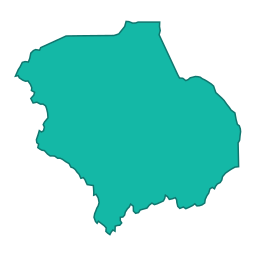 Alto Horizonte, Goiás, Brazil (Equal Earth projection)
{"feature_id": "56859067B49316936904557", "entity_name": "Alto Horizonte", "entity_type": "district", "adm_level": 2, "iso_a3": "BRA", "parent_name": "Brazil", "parent_adm1": "Goiás", "projection": "equal_earth", "projection_center": [-49.437, -14.179], "detail": "fine", "context": "isolated", "style": "filled", "palette": "teal", "viewbox_px": 256, "rotation_deg": 0, "n_neighbors": 0, "source": "geoboundaries", "source_scale": "gbopen_adm2", "svg_char_len": 2367}
<svg xmlns="http://www.w3.org/2000/svg" viewBox="0 0 256 256"><path d="M238.6,166.7L238.1,142.9L239.6,140.2L240.1,135.1L240.6,131.7L240.3,128.8L239.3,125.8L237.4,124.4L236.1,119.6L234.9,112.9L231.1,110.1L229.1,107.2L226.6,104.1L224.1,100.5L221.9,98.2L219.4,95.9L215.8,92.6L214.5,88.8L213.6,86.1L211.4,84.1L207.3,81.4L204.6,79.8L202.4,78.8L200.2,77.2L197.9,76.7L195.4,76.5L192.7,77.2L190.2,77.8L188.2,79.6L185.8,80.6L182.8,78.3L179.5,78.0L177.9,75.1L159.1,34.8L160.2,30.6L159.5,26.6L159.7,22.1L138.0,22.1L135.6,23.0L132.6,23.1L128.8,21.6L126.1,21.4L124.7,26.5L122.3,29.5L118.8,33.9L116.2,34.8L113.9,35.5L80.6,35.8L66.1,36.0L40.7,47.6L39.6,50.2L35.6,49.6L33.4,50.6L30.8,53.1L29.8,58.2L28.4,62.0L25.1,61.6L22.3,62.4L20.1,66.9L18.3,69.6L17.2,72.1L15.4,76.2L18.2,75.6L19.3,77.8L22.7,80.1L25.4,81.2L28.0,81.0L30.4,84.4L31.8,87.8L31.4,90.5L34.6,92.3L33.8,95.1L30.8,98.5L33.1,103.0L36.9,102.2L40.4,104.1L43.1,104.1L45.6,105.9L46.6,108.6L47.6,112.9L48.0,117.8L44.5,122.0L43.2,124.6L44.4,127.0L43.5,130.8L41.4,132.0L39.3,130.6L38.3,134.1L36.4,139.7L36.8,142.7L38.6,144.1L37.8,147.6L39.7,149.0L41.9,150.2L44.4,150.6L47.5,154.0L50.1,155.9L52.5,155.9L54.7,156.1L57.6,158.2L60.1,158.2L62.6,159.4L65.6,161.6L69.1,163.6L70.9,167.1L73.2,167.9L75.2,169.5L77.1,172.2L79.1,174.3L80.9,178.3L83.3,177.6L84.9,179.5L86.0,182.1L87.2,184.6L93.3,185.5L93.6,188.9L93.8,192.3L93.7,195.2L96.1,194.3L98.2,197.9L99.1,202.5L98.2,205.8L96.8,208.2L95.7,211.2L94.7,213.6L94.0,217.3L95.5,221.5L97.1,223.3L98.4,221.2L101.2,223.4L104.2,225.7L106.2,227.9L105.9,231.4L107.7,233.1L109.9,234.6L111.2,232.1L112.9,230.0L115.0,231.2L115.2,226.2L117.2,225.5L119.8,225.2L121.7,222.9L120.3,220.6L120.3,217.3L122.9,217.0L124.6,215.1L125.3,212.1L127.4,208.8L129.3,206.9L130.6,204.1L133.3,206.2L133.4,211.0L135.6,213.3L138.5,212.6L140.2,210.0L143.2,209.1L147.0,208.1L149.2,205.2L151.9,203.1L154.4,204.6L157.1,203.8L160.9,202.1L163.4,200.9L164.7,198.4L165.4,195.2L167.5,196.6L169.3,199.4L172.6,198.7L175.3,197.7L176.6,199.8L176.9,202.8L177.8,206.4L179.8,208.4L183.4,207.0L185.8,208.7L189.0,207.3L192.6,205.5L194.8,203.8L196.9,205.9L199.4,205.7L202.0,204.9L204.7,203.0L205.2,199.4L206.9,195.7L208.7,193.1L209.9,188.9L212.2,187.4L214.5,188.8L215.5,186.4L217.3,184.0L220.2,182.5L221.8,180.0L222.5,176.7L225.4,173.2L228.9,170.7L231.5,169.0L235.0,167.1L238.6,166.7Z" fill="#14b8a6" stroke="#0f766e" stroke-width="1.5"/></svg>